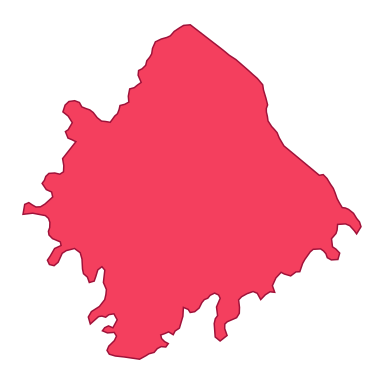 outline of Davinópolis, Goiás, Brazil
{"feature_id": "56859067B54899657336116", "entity_name": "Davinópolis", "entity_type": "district", "adm_level": 2, "iso_a3": "BRA", "parent_name": "Brazil", "parent_adm1": "Goiás", "projection": "robinson", "projection_center": [-47.577, -18.114], "detail": "fine", "context": "isolated", "style": "filled", "palette": "rose", "viewbox_px": 384, "rotation_deg": 0, "n_neighbors": 0, "source": "geoboundaries", "source_scale": "gbopen_adm2", "svg_char_len": 2900}
<svg xmlns="http://www.w3.org/2000/svg" viewBox="0 0 384 384"><path d="M337.9,259.5L339.7,253.1L335.9,249.1L332.5,246.8L331.5,238.7L336.0,233.5L337.1,230.0L337.6,224.4L345.5,223.9L349.8,225.7L354.3,230.7L356.6,233.9L361.0,226.7L359.5,222.0L356.6,218.4L353.5,213.3L348.6,209.4L345.4,208.0L342.2,207.6L339.0,202.2L337.1,198.6L335.0,192.6L333.3,188.4L330.3,184.0L327.0,178.5L323.2,174.6L319.3,175.3L283.9,145.9L279.2,137.9L277.1,132.7L274.4,129.5L271.6,126.5L268.0,120.9L267.4,116.5L266.4,112.1L266.3,108.5L267.6,104.9L265.9,98.1L263.5,90.1L262.7,84.8L257.3,78.4L252.6,74.3L248.9,70.9L244.1,66.7L235.8,59.5L229.3,55.3L222.9,50.0L190.3,24.8L183.6,25.4L179.6,27.8L174.2,31.4L170.4,35.8L167.0,37.4L161.3,39.0L155.4,41.8L152.5,48.4L151.7,53.8L149.8,57.1L146.8,60.8L145.7,65.3L142.1,68.8L138.6,70.5L138.1,75.2L141.2,82.4L137.7,84.9L134.2,87.7L129.7,88.9L128.3,96.2L128.8,102.1L124.8,104.3L120.0,105.5L119.1,109.5L117.5,113.7L114.7,116.1L112.7,118.9L110.2,122.3L105.5,121.5L101.5,121.1L97.2,117.7L93.2,112.5L89.8,109.9L85.8,108.5L81.8,106.9L79.4,102.5L74.7,100.7L68.9,101.5L65.1,105.1L62.9,111.9L68.2,116.1L72.3,122.7L68.2,129.7L65.4,131.6L68.0,138.1L71.9,139.7L75.9,141.7L62.6,158.6L63.8,165.7L63.5,171.8L59.8,174.2L54.8,173.0L48.9,173.4L45.8,176.4L44.4,180.3L42.1,183.4L46.3,189.6L51.6,192.0L52.7,197.0L45.0,204.0L40.5,206.8L35.9,207.0L32.1,204.8L28.8,202.6L24.7,204.4L23.0,214.3L32.7,213.2L45.4,215.6L48.5,218.4L49.9,222.4L49.7,227.6L48.4,231.3L49.0,235.0L52.5,238.6L60.3,241.9L61.1,245.5L54.6,248.5L50.1,256.3L47.4,260.2L49.4,264.5L54.1,265.7L58.1,262.3L62.2,253.3L66.3,250.6L74.5,248.5L80.2,252.7L82.0,259.1L82.5,269.0L83.5,273.7L87.4,277.1L89.3,282.5L94.2,281.1L95.8,276.5L97.8,269.9L101.9,266.7L104.8,270.1L103.4,282.5L106.4,289.5L105.9,294.5L104.7,299.7L99.4,306.5L91.4,311.6L88.3,317.0L90.3,324.0L98.6,316.6L101.9,316.1L105.7,317.2L108.8,314.7L113.9,313.8L117.2,319.8L112.9,327.8L108.5,325.9L104.7,327.7L102.4,330.8L107.4,332.9L114.2,332.4L116.5,336.1L114.4,340.6L108.8,346.1L107.0,350.4L109.3,354.2L115.3,356.0L124.5,357.0L139.6,359.2L146.1,355.6L148.9,353.8L154.1,352.4L157.3,348.6L161.1,346.6L165.8,347.0L168.3,343.6L164.6,341.6L161.6,338.6L160.7,335.0L164.7,333.6L168.6,331.9L173.2,334.7L175.1,331.0L179.4,328.1L182.9,316.3L183.4,307.4L188.2,309.4L190.2,312.5L194.7,311.7L199.1,308.1L201.9,302.5L204.3,299.6L207.8,298.2L210.1,295.3L214.6,293.1L218.6,295.0L220.2,298.3L216.5,307.0L217.6,315.7L215.3,318.7L214.2,323.6L215.2,337.0L220.1,341.0L227.1,335.5L224.7,328.6L224.8,324.1L227.3,321.7L236.6,317.7L239.3,313.3L239.5,307.4L238.6,299.9L241.6,296.7L247.0,293.7L253.1,291.5L257.3,293.3L260.7,299.6L265.4,294.7L270.0,291.8L274.7,292.3L272.4,285.7L275.9,277.9L281.1,272.3L284.3,274.0L290.7,275.9L296.0,271.9L299.8,271.7L302.6,263.5L304.8,259.5L310.2,251.9L313.2,249.3L320.6,248.9L323.5,250.9L325.9,253.7L327.3,257.7L331.3,259.9L337.9,259.5Z" fill="#f43f5e" stroke="#9f1239" stroke-width="1.5"/></svg>